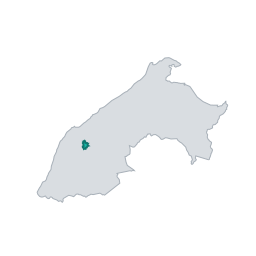 location of Huamanga, Ayacucho, Peru, rotated 78°
{"feature_id": "86281439B20433553011992", "entity_name": "Huamanga", "entity_type": "district", "adm_level": 2, "iso_a3": "PER", "parent_name": "Peru", "parent_adm1": "Ayacucho", "projection": "natural_earth1", "projection_center": [-74.211, -13.262], "detail": "fine", "context": "in_parent", "style": "filled", "palette": "teal", "viewbox_px": 256, "rotation_deg": 78, "n_neighbors": 0, "source": "geoboundaries", "source_scale": "gbopen_adm2", "svg_char_len": 5604}
<svg xmlns="http://www.w3.org/2000/svg" viewBox="0 0 256 256"><g transform="rotate(78 128 128)"><path d="M176.8,72.5L176.7,73.3L175.9,73.6L175.2,73.1L174.1,73.3L172.5,71.6L168.7,71.9L167.1,73.8L164.5,74.2L161.8,75.2L158.7,75.5L153.8,78.7L152.7,80.0L150.4,81.8L148.6,82.4L147.7,88.2L146.0,91.5L145.3,93.3L146.2,96.1L146.2,97.4L145.2,98.5L144.4,98.6L142.7,99.8L140.2,102.3L139.8,104.3L140.6,106.8L140.3,107.1L138.2,107.6L138.3,109.1L137.9,109.6L139.6,111.6L140.6,112.1L140.6,112.6L140.5,113.2L140.1,113.4L140.1,113.8L141.3,115.4L142.2,118.4L144.0,119.9L144.1,120.9L144.6,121.9L145.6,122.6L147.8,125.6L147.8,127.1L145.5,130.3L149.3,130.3L153.5,131.4L154.0,131.9L154.5,133.4L154.6,134.4L155.4,135.2L155.4,136.9L160.9,137.0L164.4,136.5L170.2,131.1L171.1,130.6L170.6,131.8L170.6,132.7L170.9,133.6L170.2,134.9L170.1,148.2L171.1,147.5L172.5,148.7L173.5,148.8L176.6,147.3L180.3,147.5L188.8,164.8L188.0,166.0L188.1,166.9L187.0,167.7L185.9,169.1L185.9,176.0L185.0,178.1L185.5,179.1L185.9,181.3L186.7,182.7L186.9,183.5L186.8,183.8L185.6,184.6L185.5,185.8L183.4,188.3L183.0,189.9L182.2,190.5L182.0,192.4L183.9,195.4L182.7,197.3L181.5,200.0L183.4,205.6L184.2,206.5L185.1,206.4L186.3,206.9L187.0,207.8L185.4,208.8L185.2,209.3L185.3,211.2L183.6,212.6L181.3,216.2L180.6,216.3L179.5,217.4L179.3,218.0L179.5,218.5L180.5,219.5L180.5,220.8L178.9,222.4L177.7,222.6L177.3,223.1L177.7,225.2L177.7,226.3L177.4,227.4L176.5,228.7L174.1,230.0L171.9,230.2L168.1,227.0L166.9,225.6L163.2,222.8L162.6,219.9L161.3,218.5L159.0,217.4L157.2,215.9L155.8,215.2L152.5,211.9L149.4,210.9L143.6,207.4L140.5,206.2L136.5,203.0L134.3,202.1L132.6,200.6L127.4,197.4L126.5,196.4L125.7,194.8L124.6,193.8L123.2,191.7L121.3,190.4L119.4,188.7L117.1,184.1L116.0,183.1L115.9,181.0L115.2,180.1L116.3,179.4L117.0,176.2L116.6,174.6L114.0,170.2L113.4,168.4L111.5,165.1L110.8,163.1L109.2,161.7L108.6,160.4L107.7,159.9L107.6,158.4L107.0,155.5L106.2,154.0L103.1,151.3L102.8,148.3L102.1,146.2L97.7,137.9L95.2,129.9L93.1,125.4L92.2,122.8L92.1,121.4L90.6,119.1L89.7,116.9L86.2,112.7L84.1,108.1L83.9,106.7L82.5,104.1L80.2,100.8L79.1,99.5L72.3,95.4L69.2,92.9L68.8,91.6L68.9,90.8L69.6,90.1L70.6,90.7L71.2,90.5L71.6,89.5L71.6,88.2L71.0,86.4L68.9,82.9L69.4,81.4L67.2,77.4L67.7,73.5L68.2,72.5L71.5,68.6L72.4,66.9L73.8,65.9L75.2,64.3L77.0,63.1L77.4,63.5L78.0,65.6L77.9,67.0L78.4,68.6L77.2,70.0L75.9,69.7L75.4,70.0L75.2,70.7L75.4,71.8L75.7,72.2L76.7,72.2L75.4,74.3L75.5,74.7L76.4,75.1L77.3,74.6L78.2,73.4L78.8,73.2L82.1,75.2L83.6,75.0L84.8,75.9L84.9,77.4L86.6,80.3L89.0,81.0L89.4,80.7L90.0,79.7L90.5,79.5L90.6,77.9L92.8,76.2L93.1,75.0L92.8,74.2L92.8,73.6L94.1,69.8L94.5,69.4L94.8,68.2L95.3,67.4L96.0,63.2L96.6,63.2L97.2,64.2L97.8,63.9L97.5,63.0L97.6,62.7L99.9,59.3L100.7,58.6L112.1,53.9L117.8,49.1L122.8,42.4L124.3,35.6L124.9,36.1L125.9,35.9L125.5,33.2L125.8,31.9L125.7,31.5L124.2,29.9L123.5,28.1L122.2,27.1L122.2,26.7L123.7,27.0L125.0,26.9L126.1,25.8L126.9,25.9L128.8,27.4L130.2,27.5L130.6,28.6L132.0,29.4L133.9,31.8L134.7,34.3L134.7,34.8L135.5,36.1L137.4,36.8L139.2,38.6L141.1,39.2L142.0,40.9L142.5,41.5L142.8,42.4L142.5,43.6L142.8,44.2L144.2,45.2L145.4,45.2L145.6,45.7L146.3,48.5L145.9,49.9L146.1,50.7L147.6,51.4L148.1,52.0L149.4,52.1L151.2,51.5L153.4,52.4L155.1,52.1L155.9,51.9L156.7,51.2L157.3,51.2L159.1,49.5L159.6,49.3L161.4,50.1L163.0,51.3L164.9,51.1L165.7,50.3L167.1,49.9L169.7,51.4L170.2,52.1L170.9,52.3L173.6,53.8L174.1,54.4L175.5,54.9L175.8,55.4L175.7,56.0L169.4,67.5L171.3,68.4L173.2,67.8L174.1,68.6L174.8,70.5L176.3,71.7L176.8,72.5Z" fill="#d9dde1" stroke="#a8b0b8" stroke-width="1"/><path d="M131.3,173.6L131.4,173.8L131.5,173.8L131.5,174.0L131.8,174.2L131.8,174.3L131.9,174.2L132.1,174.1L132.3,174.2L132.5,174.2L132.4,174.3L132.4,174.5L132.5,174.8L132.8,174.9L132.8,175.0L133.0,175.2L133.0,175.3L133.3,175.5L133.4,175.4L133.4,175.5L133.5,175.5L133.6,175.4L133.8,175.4L134.0,175.3L134.2,175.2L134.3,175.2L134.4,175.3L134.5,175.3L134.7,175.2L134.8,175.2L135.2,175.0L135.3,174.9L135.4,175.0L135.5,175.1L135.8,175.0L135.9,174.9L136.0,174.9L136.0,175.0L136.0,175.3L136.2,175.5L136.3,175.7L136.3,175.8L136.4,176.0L136.5,176.2L136.6,176.3L136.8,176.4L137.0,176.4L137.3,176.4L137.3,176.2L137.2,176.1L137.3,176.0L137.2,176.0L137.3,175.9L137.2,175.9L137.3,175.8L137.2,175.8L137.2,175.7L137.1,175.4L137.2,175.1L137.3,175.1L137.4,175.3L137.5,175.3L137.8,175.4L138.0,175.4L137.9,175.5L138.0,175.6L138.0,175.8L138.1,176.0L138.3,176.0L138.5,176.0L138.8,175.9L139.0,175.8L139.0,175.7L139.3,175.7L139.5,175.7L139.4,175.5L139.5,175.4L139.5,175.2L139.4,175.1L139.4,174.9L139.4,174.7L139.5,174.5L139.5,174.4L139.5,174.2L139.7,173.9L139.4,173.8L139.2,173.9L139.2,173.7L139.3,173.6L139.4,173.4L139.2,173.3L138.9,173.5L138.7,173.5L138.5,173.4L138.4,173.4L138.4,173.2L138.4,172.9L138.2,172.8L138.2,172.7L138.3,172.7L138.2,172.5L138.2,172.4L137.9,172.2L138.0,172.1L137.9,172.1L137.8,171.9L137.7,171.7L137.6,171.4L137.6,171.5L137.4,171.4L137.4,171.2L137.4,170.9L137.2,170.8L137.2,170.7L137.3,170.6L137.2,170.5L137.2,170.3L137.2,170.2L137.1,170.3L136.9,170.5L136.7,170.5L136.4,170.8L136.2,170.9L136.2,171.0L135.8,170.8L135.7,170.8L135.6,170.7L135.4,170.6L135.2,170.4L135.2,170.5L135.3,170.6L135.3,170.8L135.3,171.0L135.2,171.2L134.9,171.1L134.7,170.9L134.6,170.7L134.4,170.7L134.2,170.7L134.2,170.8L134.1,171.0L134.0,171.3L133.9,171.5L134.0,171.5L134.0,171.8L134.2,172.0L134.1,172.3L134.0,172.2L133.9,172.2L133.8,172.3L133.6,172.4L133.5,172.5L133.4,172.5L133.2,172.5L132.9,172.6L132.7,172.6L132.4,172.5L132.3,172.8L132.2,172.8L132.1,173.0L131.9,173.1L131.8,173.3L131.7,173.5L131.6,173.4L131.6,173.5L131.4,173.6L131.3,173.6Z" fill="#14b8a6" stroke="#0f766e" stroke-width="1.5"/></g></svg>